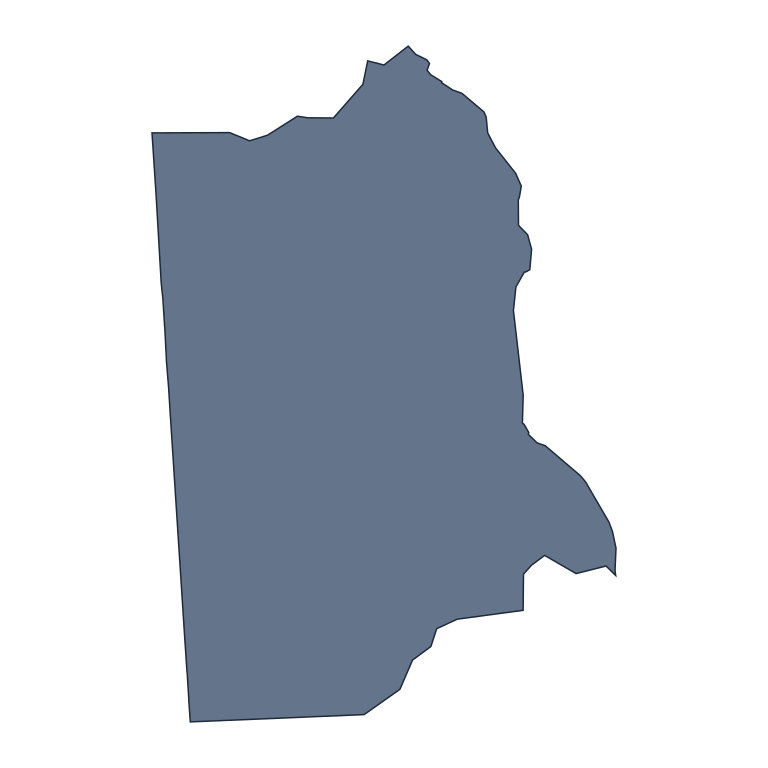 Kent, Delaware, United States of America (Robinson projection)
{"feature_id": "52423323B47097694246075", "entity_name": "Kent", "entity_type": "district", "adm_level": 2, "iso_a3": "USA", "parent_name": "United States of America", "parent_adm1": "Delaware", "projection": "robinson", "projection_center": [-75.51, 39.098], "detail": "fine", "context": "isolated", "style": "filled", "palette": "slate", "viewbox_px": 768, "rotation_deg": 0, "n_neighbors": 0, "source": "geoboundaries", "source_scale": "gbopen_adm2", "svg_char_len": 1196}
<svg xmlns="http://www.w3.org/2000/svg" viewBox="0 0 768 768"><path d="M152.0,132.9L156.2,196.7L156.2,196.8L161.2,282.8L162.9,299.1L164.6,326.3L164.7,326.6L166.2,355.3L166.5,362.1L168.6,387.6L170.2,413.3L184.8,639.1L187.0,672.0L187.2,673.4L188.8,699.2L188.8,700.5L190.0,717.6L190.3,721.6L190.3,721.9L364.1,714.6L399.9,689.3L412.6,660.0L430.9,646.5L436.7,628.7L457.1,619.2L523.1,610.3L523.5,574.1L531.6,565.1L544.6,555.4L576.1,573.6L606.0,566.0L615.7,575.5L615.1,571.3L615.1,569.0L616.0,548.1L612.5,531.6L609.0,522.2L585.7,482.1L580.6,475.9L545.3,445.8L537.0,442.8L528.3,434.3L528.8,432.6L524.2,424.5L523.4,423.9L522.4,422.9L523.2,395.3L513.4,310.2L513.9,306.3L515.9,287.0L524.3,272.1L525.9,271.9L529.8,269.7L531.6,249.3L527.6,234.7L519.5,226.4L518.7,225.3L518.5,225.0L518.3,200.0L519.4,197.1L521.3,186.1L515.7,173.4L495.5,147.8L487.8,133.1L487.6,132.0L486.2,117.1L484.0,112.0L461.9,93.3L452.7,90.0L441.7,82.8L441.8,81.6L430.9,74.9L429.6,73.4L428.1,71.5L427.1,70.1L429.5,63.5L427.0,60.0L415.6,54.3L408.8,46.7L408.2,46.1L384.0,65.0L367.7,60.9L362.9,84.3L333.4,118.0L308.0,117.8L297.4,116.2L267.5,135.2L249.6,140.8L229.6,132.6L152.0,132.9Z" fill="#64748b" stroke="#1e293b" stroke-width="1.5"/></svg>